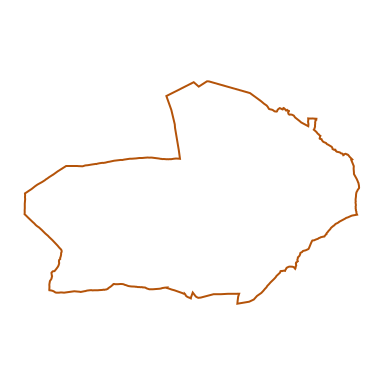 Kiteto, Manyara, United Republic of Tanzania (Robinson projection), rotated 271°
{"feature_id": "72390352B80776151350042", "entity_name": "Kiteto", "entity_type": "district", "adm_level": 2, "iso_a3": "TZA", "parent_name": "United Republic of Tanzania", "parent_adm1": "Manyara", "projection": "robinson", "projection_center": [36.709, -5.194], "detail": "fine", "context": "isolated", "style": "outline", "palette": "amber", "viewbox_px": 384, "rotation_deg": 271, "n_neighbors": 0, "source": "geoboundaries", "source_scale": "gbopen_adm2", "svg_char_len": 5868}
<svg xmlns="http://www.w3.org/2000/svg" viewBox="0 0 384 384"><g transform="rotate(271 192 192)"><path d="M92.3,263.1L94.5,265.1L96.4,266.6L98.0,268.1L99.4,268.9L101.1,270.5L103.0,272.1L106.6,275.7L108.3,277.2L109.5,277.9L112.9,281.4L114.4,281.9L114.6,282.6L114.5,283.6L114.8,284.3L114.9,285.0L114.9,285.9L114.8,286.4L115.5,286.6L116.4,287.2L117.5,287.7L118.0,288.1L118.1,288.6L118.8,289.6L119.1,290.8L119.1,293.4L118.8,294.6L118.5,295.2L117.0,296.5L117.6,296.8L118.1,296.9L119.5,297.0L120.0,297.4L120.4,297.5L121.0,297.3L121.5,297.3L122.1,297.1L122.5,297.3L123.3,297.3L123.7,298.0L124.3,298.5L124.6,299.0L124.9,298.9L125.8,298.5L126.0,298.5L127.7,299.0L128.5,299.0L129.5,300.1L130.0,300.5L131.5,301.2L132.6,301.3L132.9,301.4L133.1,301.6L133.9,303.1L134.8,303.8L135.1,304.4L135.5,306.0L135.7,306.7L137.0,309.4L138.1,310.0L143.0,311.9L145.0,312.8L145.6,313.2L145.7,313.7L145.8,314.9L146.6,316.5L147.4,318.7L148.1,319.6L148.8,321.3L149.1,321.7L149.3,322.8L149.5,323.3L149.8,325.1L150.2,325.2L150.7,325.8L152.3,326.9L152.3,327.2L153.0,327.3L153.5,327.6L154.2,328.3L155.5,329.2L157.2,330.8L158.4,331.5L159.1,332.2L160.0,333.3L160.4,333.7L161.2,334.9L161.8,335.3L162.7,336.3L163.5,338.0L164.4,339.4L164.7,339.5L166.9,343.5L168.2,345.8L168.8,346.6L169.3,348.2L171.0,351.8L171.3,352.8L172.2,357.5L172.5,357.4L172.8,357.1L173.6,356.8L174.7,356.7L175.2,356.7L176.4,356.2L177.5,356.2L178.1,355.9L179.3,356.0L180.0,355.8L180.9,356.0L181.8,356.1L184.2,355.7L184.9,355.7L185.4,355.9L186.6,355.7L187.6,355.7L190.2,356.0L192.6,356.1L194.4,356.4L195.3,356.8L196.3,357.4L196.7,357.5L197.2,357.8L198.7,358.9L199.3,359.0L200.0,358.9L200.4,358.9L201.4,358.8L204.1,358.2L204.5,357.9L205.4,357.6L208.0,356.4L212.8,353.6L214.0,353.6L218.1,353.2L220.7,353.3L226.8,350.7L226.9,351.1L227.3,351.7L229.9,349.0L230.8,348.3L231.9,347.4L232.0,346.7L232.3,346.5L232.4,345.9L232.9,345.0L232.9,344.7L232.4,343.5L231.5,343.0L231.4,342.6L232.1,342.4L232.7,341.9L233.0,341.6L233.2,340.4L234.2,339.1L234.8,336.1L235.3,335.4L235.5,335.4L236.1,334.7L236.4,334.7L236.8,334.6L236.9,333.9L236.7,333.3L237.4,331.8L238.2,331.7L239.6,330.9L241.8,327.1L242.1,326.3L242.6,325.7L243.3,325.2L244.3,322.7L244.7,322.1L246.2,320.9L247.0,320.7L247.2,320.2L247.3,319.3L247.5,318.8L247.6,318.7L249.7,319.1L250.3,319.4L250.7,318.8L251.3,318.1L251.9,317.7L252.1,317.3L252.6,316.6L253.7,315.8L254.9,314.6L256.4,312.7L257.4,313.3L258.0,313.4L258.4,313.6L259.7,313.9L261.1,313.8L262.4,314.0L263.8,313.9L265.6,314.3L266.4,314.2L266.8,314.3L266.6,315.0L267.4,315.1L267.6,311.2L267.5,308.2L267.6,306.9L266.1,307.0L264.2,306.8L262.2,307.2L260.6,307.2L259.8,307.1L261.2,304.4L263.5,299.9L264.8,298.4L268.3,293.8L268.8,293.4L270.1,292.5L270.9,290.9L271.1,290.1L271.2,289.2L271.0,288.4L271.2,287.7L271.8,287.1L273.1,286.7L274.1,287.2L274.4,287.5L274.7,287.5L275.0,286.4L275.4,286.1L275.7,285.7L275.1,285.2L275.1,284.6L275.7,284.1L276.6,283.4L277.6,282.2L277.5,281.9L276.2,281.4L276.1,281.1L277.3,278.6L277.4,278.2L276.4,276.9L276.0,276.5L275.5,276.1L274.2,275.6L273.9,275.3L273.9,275.1L274.0,273.7L274.1,273.1L274.9,272.0L275.3,271.4L275.7,270.5L276.1,268.4L276.3,267.8L276.4,267.5L278.5,266.2L279.8,265.1L281.6,262.4L283.9,259.6L291.9,248.3L302.9,206.9L302.9,205.0L297.5,196.9L301.8,191.8L287.5,164.7L273.7,169.9L259.3,173.6L255.9,173.9L233.4,178.1L225.0,179.4L225.1,178.4L225.2,175.1L225.0,174.3L225.0,173.6L224.4,170.3L224.5,169.5L224.3,167.9L224.4,167.4L224.3,166.3L224.5,163.1L224.4,162.4L224.4,161.5L224.6,160.9L224.6,160.1L224.9,158.4L225.7,151.1L225.7,150.2L225.6,148.7L225.7,146.8L225.6,146.1L225.5,144.9L225.1,141.3L225.1,138.9L224.6,135.4L224.2,131.0L224.2,129.4L223.2,123.5L222.8,121.8L222.8,120.1L221.9,113.5L220.8,108.8L220.6,107.5L219.9,105.0L219.5,102.7L219.6,102.0L219.5,101.2L219.1,98.8L218.6,96.7L218.3,96.0L218.4,95.3L217.7,91.2L217.0,87.5L216.7,84.8L215.8,82.2L215.9,77.8L216.0,76.7L215.8,65.7L210.2,57.2L207.4,53.5L204.5,49.1L202.9,47.0L202.3,46.0L201.2,44.7L199.4,42.0L196.7,37.3L195.1,35.1L192.2,31.6L190.3,28.8L188.8,26.7L187.7,25.0L187.4,25.0L186.0,25.2L183.9,25.1L182.0,25.3L177.3,25.0L172.9,25.1L170.7,25.0L168.9,25.1L166.8,25.0L166.2,25.8L163.7,28.4L159.9,32.5L158.9,33.6L158.0,34.7L156.1,36.5L154.8,38.2L154.1,39.4L151.3,42.6L150.4,43.5L147.9,46.1L145.6,48.9L144.6,49.8L141.5,53.2L136.1,58.5L134.0,60.3L132.1,62.2L130.9,62.7L129.8,62.7L129.4,62.4L128.5,62.2L127.0,62.2L125.1,61.8L123.7,61.3L122.7,61.4L121.8,60.4L120.9,60.2L119.6,60.2L119.1,60.4L118.2,60.4L116.1,59.8L114.6,59.0L112.5,57.5L110.5,55.9L110.3,54.3L110.0,53.9L108.8,52.9L108.4,52.9L106.9,53.2L106.4,53.2L105.5,53.6L105.2,53.5L104.2,53.2L103.9,53.3L103.6,53.2L102.4,52.8L100.5,51.5L97.2,51.0L96.3,51.0L95.2,51.1L93.1,51.1L92.3,51.0L91.3,51.1L91.1,52.9L90.7,54.5L90.1,55.8L89.4,56.8L89.1,57.5L89.0,58.2L89.0,60.8L89.2,61.7L89.3,63.3L89.1,65.8L90.7,76.0L90.3,81.5L90.1,82.4L91.0,86.5L91.0,86.9L91.3,87.8L91.6,88.8L92.0,91.7L92.1,93.3L91.9,94.1L92.0,95.4L92.1,97.7L92.1,99.8L92.3,100.9L92.3,101.8L92.4,102.3L92.4,102.8L92.6,104.5L92.8,105.0L92.7,105.6L92.7,106.3L92.9,106.7L93.0,107.8L93.5,109.1L93.9,109.7L94.4,110.0L94.7,110.4L95.1,111.1L96.6,113.1L97.6,114.1L98.1,114.8L98.3,114.8L98.6,115.1L98.7,115.7L98.5,116.7L98.5,119.2L98.8,122.4L98.7,124.4L98.5,125.3L97.9,126.7L97.8,127.4L96.9,129.9L96.7,131.2L96.5,132.9L96.4,136.7L96.2,137.6L96.3,138.1L96.0,139.4L96.0,141.4L95.9,141.9L96.0,143.7L95.7,144.6L95.8,145.4L95.6,147.0L94.8,148.4L94.0,151.0L94.1,154.9L94.7,161.2L95.0,162.8L95.4,163.8L95.9,166.6L96.1,168.8L95.6,168.5L95.2,170.1L94.1,173.4L93.4,176.2L90.8,184.0L90.1,185.6L90.1,186.1L89.9,186.6L90.0,186.6L89.5,187.1L88.3,187.6L87.3,188.8L86.5,190.4L86.4,191.1L85.9,192.0L85.6,192.7L86.8,192.9L91.5,194.5L88.2,197.1L87.2,198.1L86.3,200.1L86.6,202.6L90.2,215.4L90.3,222.3L90.8,229.2L90.9,234.6L91.1,240.9L88.2,240.0L83.7,239.5L81.1,239.3L83.3,251.1L85.6,255.7L89.2,258.8L92.3,263.1Z" fill="none" stroke="#b45309" stroke-width="2"/></g></svg>